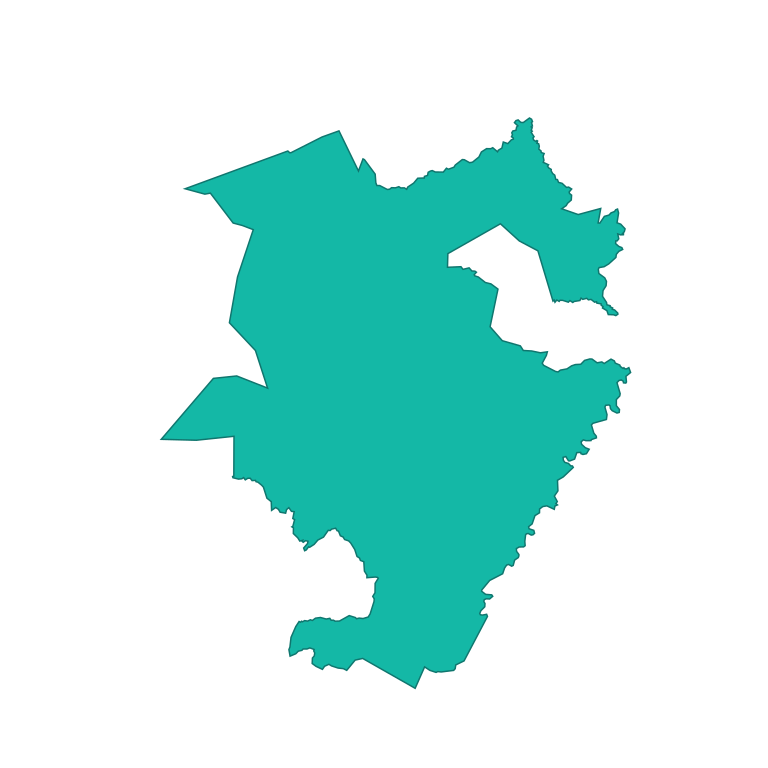 outline of Morelos, Chihuahua, Mexico, rotated 103°
{"feature_id": "50627088B90542436108405", "entity_name": "Morelos", "entity_type": "district", "adm_level": 2, "iso_a3": "MEX", "parent_name": "Mexico", "parent_adm1": "Chihuahua", "projection": "mercator", "projection_center": [-107.783, 26.551], "detail": "fine", "context": "isolated", "style": "filled", "palette": "teal", "viewbox_px": 768, "rotation_deg": 103, "n_neighbors": 0, "source": "geoboundaries", "source_scale": "gbopen_adm2", "svg_char_len": 6162}
<svg xmlns="http://www.w3.org/2000/svg" viewBox="0 0 768 768"><g transform="rotate(103 384 384)"><path d="M653.3,268.4L652.1,266.9L651.7,263.5L647.4,251.7L645.4,250.6L641.6,250.9L635.8,243.7L587.2,230.9L585.3,232.2L587.0,236.0L587.2,238.1L586.1,239.1L583.1,238.6L578.4,235.7L575.2,236.2L573.5,237.8L571.6,237.8L570.3,236.1L569.7,232.7L566.4,230.3L565.2,231.6L566.1,237.6L564.0,242.2L562.7,242.4L551.6,236.8L542.2,225.7L536.2,225.1L532.9,223.8L531.8,222.0L532.8,218.6L531.7,217.3L526.2,217.1L522.9,214.1L521.1,213.9L519.8,214.2L517.2,217.2L514.6,218.0L512.4,215.6L511.3,211.3L509.8,210.1L505.6,211.4L499.1,212.1L497.9,211.5L497.2,209.8L498.1,206.6L497.4,204.9L495.6,203.7L492.9,205.1L492.4,210.1L490.5,211.0L487.0,208.2L478.3,207.3L474.5,203.5L470.8,204.3L467.7,201.7L466.1,197.9L467.8,189.9L464.5,190.0L462.8,187.8L461.9,189.6L459.6,188.7L454.9,192.8L449.0,190.5L438.8,193.3L434.2,188.4L422.7,180.8L421.5,181.9L421.7,183.7L419.9,186.4L419.7,190.2L417.9,192.1L415.2,193.0L413.8,190.5L417.3,187.0L417.2,185.7L414.3,181.4L407.5,180.7L406.4,177.0L407.6,176.4L407.9,174.3L406.4,171.1L401.4,169.4L400.8,173.5L398.3,177.9L396.0,178.9L393.6,177.2L393.8,174.5L392.6,169.6L391.5,169.4L388.7,164.9L387.1,165.4L384.7,168.5L377.2,172.7L375.3,171.6L368.5,159.3L363.7,159.8L356.7,163.6L354.9,163.2L353.8,160.1L354.3,158.9L357.1,157.8L358.7,155.6L359.9,150.5L358.8,148.4L355.9,148.8L352.9,152.7L346.9,154.1L342.6,151.6L340.3,151.7L330.3,157.3L327.8,155.9L326.7,153.8L327.4,151.6L329.0,150.9L328.7,148.6L327.5,148.2L322.1,150.0L317.3,146.3L313.0,149.1L314.8,151.2L315.0,152.8L314.2,153.9L315.1,154.6L313.7,157.7L312.5,158.5L311.6,163.4L309.7,164.7L308.7,168.4L314.5,174.1L313.5,176.7L315.4,181.1L312.9,186.9L313.3,189.1L315.9,193.9L320.5,196.7L322.0,201.9L324.1,205.3L328.1,209.1L330.8,215.3L333.1,217.1L333.2,219.6L329.9,232.7L328.1,234.5L319.6,232.2L315.9,232.1L318.4,238.6L318.6,247.5L320.0,255.8L316.2,259.7L315.2,278.5L304.4,293.5L265.9,294.3L262.4,302.3L262.3,308.1L258.5,316.2L258.2,319.9L257.2,320.7L254.3,319.1L253.6,320.8L254.1,323.8L251.7,327.2L254.5,332.8L252.4,335.4L256.0,348.4L242.6,351.1L201.7,306.6L214.2,284.3L219.6,264.0L265.2,238.0L263.9,237.1L265.9,235.8L263.3,234.5L264.1,231.9L262.8,231.3L262.3,228.7L262.8,222.8L260.9,221.6L262.1,218.4L260.8,217.3L258.6,211.9L256.0,211.3L256.8,209.4L254.9,205.7L256.0,203.8L255.0,201.3L256.9,197.2L256.0,195.4L257.3,194.8L257.1,190.4L258.4,190.1L259.3,188.0L260.8,188.2L262.4,183.3L265.9,181.1L264.9,175.8L265.2,173.5L263.4,171.8L262.3,172.2L260.0,175.9L259.8,178.4L258.5,178.3L257.8,181.1L256.8,181.3L256.7,184.6L254.5,185.5L249.4,190.8L243.7,191.6L238.3,189.7L234.0,190.3L230.9,192.8L228.0,199.5L224.0,201.0L222.2,200.6L220.2,195.9L216.4,192.0L208.5,186.5L205.4,186.8L201.9,185.0L199.2,181.7L197.6,182.9L197.1,186.2L195.1,189.9L192.4,190.3L192.1,189.0L189.7,187.9L185.2,190.0L185.5,187.2L184.7,184.3L183.9,184.4L184.0,185.5L181.5,184.1L178.6,184.0L175.0,189.3L174.5,193.2L164.6,193.9L161.0,195.8L162.1,197.4L164.1,198.2L166.2,201.3L168.8,202.8L171.1,207.0L178.7,209.9L178.9,211.6L164.2,212.3L175.2,232.9L173.3,250.3L169.2,246.6L166.6,245.8L162.6,242.9L157.8,243.7L156.6,246.1L155.3,246.8L151.8,245.0L150.6,248.4L151.4,250.4L148.4,255.6L148.3,259.3L145.8,261.0L146.0,262.7L142.1,264.6L141.0,267.0L138.7,269.1L137.3,269.3L136.4,272.1L134.9,273.7L133.4,273.0L132.2,278.7L130.0,278.5L126.3,280.2L123.4,279.8L123.1,282.9L121.6,283.4L120.3,286.0L117.3,286.2L115.1,287.4L115.1,289.1L112.7,289.0L112.4,289.8L113.5,290.6L112.5,293.2L110.7,294.2L109.3,293.4L105.7,297.2L104.3,296.4L103.8,297.6L100.9,297.3L100.4,298.4L99.2,297.4L96.0,299.1L95.0,298.3L92.8,299.8L92.1,302.1L97.9,307.1L98.3,309.6L96.5,312.7L97.7,314.7L100.0,315.7L102.4,311.6L103.8,312.6L107.1,312.5L108.5,315.4L110.5,316.0L112.3,314.9L114.4,315.4L115.2,313.4L116.3,313.0L117.4,314.8L121.9,317.4L121.4,322.2L127.6,322.2L130.5,325.2L132.2,325.6L129.3,331.2L130.7,332.9L131.6,337.0L136.0,341.3L141.5,342.6L148.0,347.7L149.1,350.4L147.4,356.2L147.7,358.2L154.6,363.8L157.0,364.6L160.2,369.5L159.7,371.7L164.2,373.9L165.9,381.7L165.2,385.0L166.1,386.7L167.8,388.6L171.0,388.5L172.6,391.3L174.2,391.1L175.9,397.4L181.6,400.3L186.8,405.2L189.2,405.7L188.3,408.3L189.2,411.8L188.4,413.9L190.3,417.0L191.0,420.8L193.0,422.4L193.7,424.6L191.6,432.8L192.2,435.6L189.8,437.2L181.5,439.8L169.8,453.5L169.4,455.1L182.2,456.8L147.5,484.8L157.3,500.0L179.5,526.6L179.9,527.8L178.6,530.1L238.5,621.7L239.3,601.3L237.1,596.1L261.1,567.2L261.4,557.8L263.0,546.1L312.6,550.8L359.1,548.4L380.3,516.8L414.2,496.5L409.3,529.3L416.9,551.5L488.0,588.6L481.0,554.2L468.7,518.4L507.6,509.6L508.2,510.7L509.3,510.1L509.4,504.4L508.3,501.2L506.8,499.7L508.6,497.6L506.5,495.5L505.9,493.2L507.8,490.8L506.8,487.5L508.0,486.7L508.0,484.8L510.1,480.5L511.6,478.3L521.6,472.4L524.0,467.4L532.4,465.1L528.7,461.7L529.9,458.6L532.3,456.4L532.0,450.8L528.3,450.7L525.9,448.9L528.9,445.5L528.6,442.8L535.6,442.6L536.2,440.6L543.1,440.8L543.9,441.6L544.5,439.9L550.1,438.7L553.3,433.4L556.0,430.7L554.6,428.1L555.7,428.4L556.4,427.1L554.3,425.2L554.3,422.7L556.6,422.6L561.9,425.4L564.3,423.8L563.2,422.4L559.6,420.8L559.8,419.7L556.0,416.0L550.9,413.3L546.8,408.5L539.1,405.4L538.9,403.5L537.2,402.4L535.4,398.7L537.5,396.7L537.6,395.2L541.7,392.4L542.3,389.4L544.4,387.4L544.8,383.2L546.4,380.7L551.8,375.3L558.1,371.5L559.1,368.7L561.2,367.3L561.7,363.7L570.7,361.0L574.1,357.6L576.6,357.1L574.0,348.9L573.9,346.7L574.6,345.9L580.2,347.8L589.4,345.8L593.5,347.2L595.5,345.2L598.2,344.8L611.1,345.8L614.6,347.0L617.2,351.6L617.7,355.6L618.9,358.0L618.0,359.3L617.5,365.8L625.0,374.1L626.1,378.3L625.5,380.1L626.1,382.3L624.5,384.1L626.0,387.4L625.8,393.4L627.6,398.1L630.5,400.6L630.3,402.7L632.2,405.1L632.4,408.1L634.0,409.9L633.7,411.0L634.9,411.7L634.5,413.3L640.2,415.4L651.8,417.6L661.4,416.5L664.2,416.9L670.3,414.3L666.7,409.3L663.6,407.4L662.0,404.1L660.4,403.2L659.5,399.4L657.8,396.9L658.4,392.3L659.9,392.4L661.6,391.0L664.7,390.8L667.1,392.1L672.5,391.1L674.4,386.7L675.9,379.8L672.4,378.4L669.5,374.6L670.5,371.7L671.1,364.9L670.5,359.5L671.4,355.9L659.5,350.0L656.2,343.0L673.5,285.2L650.5,280.8L652.7,274.9L653.3,268.4Z" fill="#14b8a6" stroke="#0f766e" stroke-width="1.5"/></g></svg>